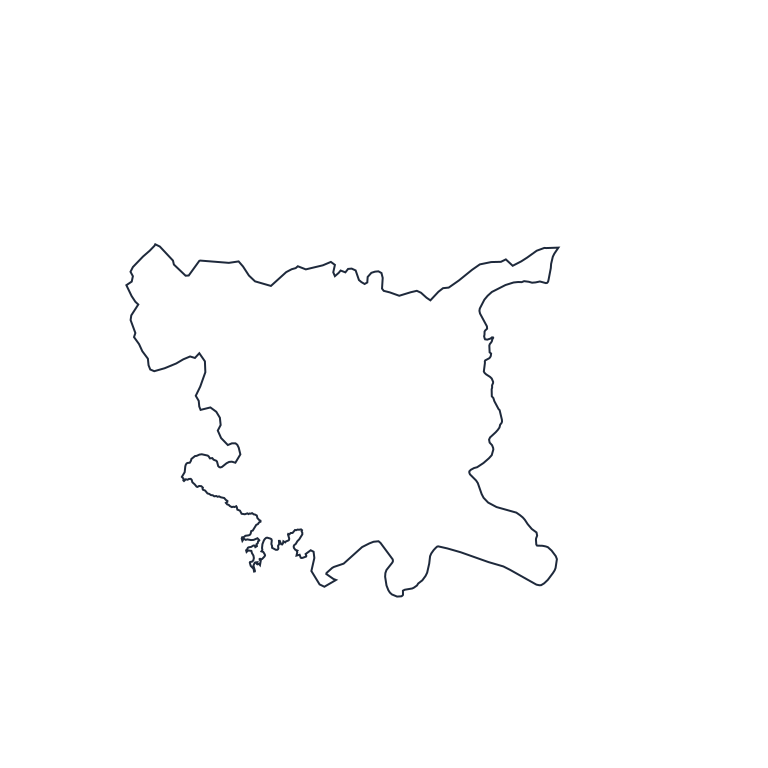 Al-Qusayr, Homs (Hims), Syria, rotated 229°
{"feature_id": "27442178B51656539269606", "entity_name": "Al-Qusayr", "entity_type": "district", "adm_level": 2, "iso_a3": "SYR", "parent_name": "Syria", "parent_adm1": "Homs (Hims)", "projection": "orthographic", "projection_center": [36.533, 34.512], "detail": "fine", "context": "isolated", "style": "outline", "palette": "slate", "viewbox_px": 768, "rotation_deg": 229, "n_neighbors": 0, "source": "geoboundaries", "source_scale": "gbopen_adm2", "svg_char_len": 6166}
<svg xmlns="http://www.w3.org/2000/svg" viewBox="0 0 768 768"><g transform="rotate(229 384 384)"><path d="M267.6,219.2L270.1,217.9L278.5,215.8L279.1,216.7L279.2,224.3L278.8,226.2L274.9,235.7L275.3,260.5L273.3,268.4L271.8,272.6L268.9,276.7L266.3,277.1L245.9,275.5L244.5,274.6L243.8,273.3L242.0,263.8L240.4,261.0L237.8,258.4L230.3,253.7L225.5,252.0L222.7,251.6L220.0,251.9L215.0,254.4L212.4,257.8L212.2,258.9L212.4,260.0L215.6,262.7L215.1,264.7L211.2,271.1L210.7,272.8L210.3,276.7L211.0,278.9L210.7,284.2L211.9,289.5L213.3,292.8L218.8,300.3L223.8,305.8L225.1,308.5L226.1,312.6L226.4,315.6L226.4,317.5L225.9,318.4L218.4,323.9L206.7,331.5L181.1,346.0L168.0,354.4L161.1,357.2L132.6,367.4L130.2,369.2L129.1,370.6L128.5,374.0L128.7,379.1L130.5,387.5L131.4,390.5L132.6,392.8L138.4,399.6L141.4,400.7L148.3,401.2L153.4,400.6L155.3,399.5L157.9,397.5L161.6,393.5L162.9,393.6L166.9,396.6L167.7,397.5L169.1,400.1L171.9,401.7L177.7,400.4L184.0,400.5L189.1,401.2L192.2,401.2L195.7,400.6L200.1,399.5L217.3,388.2L226.2,384.8L232.8,384.5L236.9,385.5L247.7,389.8L250.8,390.2L259.4,389.6L261.1,390.2L262.1,391.1L262.3,393.2L261.5,396.8L260.1,399.7L259.1,407.2L259.1,414.4L259.6,418.6L262.8,423.5L264.1,424.4L266.9,425.4L270.5,425.3L273.1,426.8L274.1,429.0L274.3,436.6L274.7,439.8L275.4,442.6L277.1,445.0L277.4,446.9L278.1,448.3L279.6,449.5L288.4,454.1L289.9,454.0L298.6,456.0L301.6,457.3L304.0,457.3L309.4,461.8L310.3,463.2L312.1,464.7L313.2,467.0L314.1,467.8L317.5,468.9L319.8,468.7L324.3,467.4L326.3,467.2L327.9,467.5L333.7,474.0L335.0,475.0L335.4,475.9L334.4,480.2L334.5,481.5L335.1,483.0L336.7,484.8L338.6,484.5L343.9,488.7L344.7,490.0L345.1,492.3L345.7,493.8L346.6,494.9L347.2,496.7L347.7,496.8L348.4,496.0L348.4,494.3L349.7,491.1L351.4,489.6L352.2,489.8L354.4,490.9L355.2,492.1L357.6,494.3L358.0,495.5L358.1,498.1L360.0,499.5L374.2,502.7L376.6,504.0L378.1,505.8L381.8,515.1L382.6,520.1L382.7,525.8L379.0,540.6L375.6,548.4L373.0,552.1L370.5,554.8L369.7,557.2L366.2,560.3L363.3,562.2L361.2,565.1L359.1,568.9L353.9,572.4L353.3,573.5L353.6,575.0L354.8,576.7L362.1,586.0L365.0,588.9L369.3,594.9L370.6,598.0L372.5,605.1L380.1,595.7L381.5,594.3L384.4,586.7L385.5,574.9L386.5,568.1L388.8,558.7L398.1,557.7L399.5,552.4L405.7,544.9L411.4,534.8L412.4,525.4L413.0,508.4L414.3,496.1L417.6,491.4L417.9,485.6L416.7,473.9L421.2,472.7L428.6,471.8L432.8,469.9L435.7,464.4L440.6,453.4L449.3,448.5L454.5,444.9L457.3,445.1L464.9,452.6L469.4,454.9L472.7,453.7L474.7,450.9L476.2,447.4L475.5,441.9L471.6,438.0L472.2,435.0L475.7,433.8L478.9,433.3L488.3,437.1L492.3,435.3L494.4,432.4L493.6,428.1L498.1,425.7L497.6,422.7L497.6,417.7L501.6,419.0L506.1,425.1L511.0,424.0L513.7,415.7L521.8,400.2L529.4,396.2L529.4,393.4L531.2,389.6L532.6,383.6L532.2,363.0L546.1,354.0L554.5,353.2L565.2,354.7L571.9,354.7L577.2,346.4L597.7,326.3L598.1,325.4L594.0,307.8L595.9,305.3L612.0,303.8L615.6,305.7L634.8,305.0L639.5,303.0L638.9,301.5L638.3,294.6L638.3,285.8L637.0,271.2L635.0,266.3L630.1,265.2L626.8,260.8L627.6,254.4L615.9,251.2L609.2,250.3L605.2,250.7L601.6,238.3L598.5,234.7L585.6,229.8L583.4,226.1L574.8,225.3L567.3,223.1L558.0,222.4L552.6,218.6L548.3,217.1L544.4,219.0L539.8,228.8L535.8,240.7L534.3,248.7L532.0,255.7L527.7,258.4L528.4,264.8L518.6,263.7L510.1,256.9L502.6,243.6L498.6,234.2L492.8,233.1L488.2,229.8L484.8,228.6L480.2,237.6L473.1,239.2L466.2,238.0L460.2,233.8L457.9,228.0L450.1,225.6L440.4,226.1L439.0,230.3L436.6,233.0L434.4,233.4L431.3,232.6L425.1,229.4L422.1,220.2L425.2,218.2L426.8,216.0L427.5,213.2L427.7,207.4L428.3,205.9L429.2,205.2L430.8,205.0L434.9,207.0L436.0,207.1L438.7,205.7L440.7,205.8L442.1,203.8L444.2,204.2L445.6,204.0L450.5,200.4L451.8,198.4L452.7,195.4L453.6,194.1L453.8,189.5L452.7,187.9L452.0,185.8L453.4,183.8L453.5,182.7L453.1,181.4L452.2,180.0L448.2,175.7L446.5,170.5L444.0,170.6L442.9,169.3L442.0,169.4L442.1,171.9L440.6,173.0L440.3,174.5L439.2,175.9L437.9,176.0L435.5,174.9L432.4,175.3L429.5,175.2L428.7,175.7L428.3,177.6L426.7,179.1L424.6,179.3L424.0,178.3L423.0,178.0L420.9,179.1L417.2,179.0L415.7,180.0L413.7,180.5L412.3,181.8L410.6,182.2L409.5,183.9L408.0,184.5L407.4,185.8L405.6,186.5L402.8,188.6L400.3,188.6L398.4,189.1L397.8,188.4L398.0,186.7L396.0,186.7L394.6,187.5L393.0,187.6L390.9,188.4L390.3,189.7L389.2,190.5L388.7,192.3L387.6,192.1L385.4,190.9L382.9,192.2L379.5,191.4L377.0,193.5L376.0,196.0L374.7,196.4L374.5,197.5L373.5,198.4L373.1,199.7L371.0,200.2L370.3,200.9L368.2,201.7L365.8,200.5L363.1,200.6L361.9,201.1L361.1,200.5L361.5,198.8L361.0,196.9L361.5,195.2L359.5,188.8L360.1,187.3L358.5,185.1L358.2,184.0L358.5,182.7L360.4,179.8L360.4,177.8L361.4,176.4L360.7,175.2L358.5,174.2L359.2,176.7L357.1,177.4L356.4,178.9L353.5,181.2L351.9,183.3L350.6,187.3L347.9,187.4L347.7,186.7L347.9,185.8L346.7,184.2L346.7,182.7L345.0,181.7L345.3,179.9L346.9,180.4L347.8,179.4L348.2,176.9L349.6,174.6L349.7,173.8L349.1,172.6L349.1,171.4L348.9,170.8L347.4,170.1L347.5,171.5L347.2,172.5L345.1,174.4L343.0,173.4L340.2,172.9L338.0,171.6L336.6,169.6L336.5,167.9L337.5,166.2L337.2,165.5L334.2,164.1L330.0,164.3L327.7,162.9L327.3,163.6L327.5,163.9L332.6,166.3L333.9,169.1L333.8,169.8L332.8,171.2L332.5,170.1L331.3,170.0L330.8,170.3L330.9,171.2L330.5,171.7L328.7,171.6L331.6,175.2L332.8,174.8L333.5,175.3L333.4,175.8L332.3,176.3L331.9,177.2L332.2,180.5L332.6,181.7L333.5,182.2L336.4,182.7L338.1,181.7L338.6,183.4L340.2,184.3L342.9,187.2L344.8,190.8L345.2,192.4L345.2,194.1L344.7,195.0L341.9,196.8L340.8,197.2L339.6,196.7L337.1,194.0L335.3,193.3L333.8,192.1L329.8,193.6L329.0,194.5L328.8,195.5L329.2,196.4L331.3,197.8L332.0,199.9L334.5,201.8L334.0,202.4L330.5,201.3L329.7,201.9L330.1,203.3L331.3,204.9L329.3,205.5L329.5,206.7L328.6,209.3L328.7,210.1L329.6,211.1L333.4,212.8L333.7,213.4L332.6,214.0L332.8,215.7L331.6,217.3L332.2,221.1L331.3,221.8L330.8,223.3L329.8,224.2L328.7,226.0L327.4,226.2L326.9,225.2L325.4,224.8L324.1,223.7L322.4,218.2L322.2,215.5L321.2,212.5L321.3,210.5L320.8,209.4L319.5,208.5L317.1,208.3L315.1,209.3L315.0,208.5L314.0,208.2L311.9,205.4L310.5,208.3L307.6,207.2L307.0,207.4L306.2,208.5L304.9,212.0L305.2,212.6L307.1,213.3L306.6,219.6L303.6,220.8L298.4,217.3L290.5,206.5L275.0,203.9L270.1,206.0L267.6,219.2Z" fill="none" stroke="#1e293b" stroke-width="2"/></g></svg>